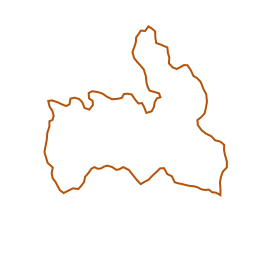 Rosário da Limeira, Minas Gerais, Brazil (Equal Earth projection), rotated 163°
{"feature_id": "56859067B49695156300233", "entity_name": "Rosário da Limeira", "entity_type": "district", "adm_level": 2, "iso_a3": "BRA", "parent_name": "Brazil", "parent_adm1": "Minas Gerais", "projection": "equal_earth", "projection_center": [-42.512, -20.982], "detail": "fine", "context": "isolated", "style": "outline", "palette": "amber", "viewbox_px": 256, "rotation_deg": 163, "n_neighbors": 0, "source": "geoboundaries", "source_scale": "gbopen_adm2", "svg_char_len": 1929}
<svg xmlns="http://www.w3.org/2000/svg" viewBox="0 0 256 256"><g transform="rotate(163 128 128)"><path d="M41.0,83.8L43.6,87.9L48.3,90.8L50.8,95.8L55.0,99.7L58.2,104.1L60.4,110.4L59.3,115.3L55.0,116.9L50.5,119.5L47.7,124.3L44.8,130.0L43.3,137.5L44.4,142.9L45.0,150.7L47.4,155.6L50.2,158.6L51.0,164.6L52.8,170.6L56.0,171.8L60.2,170.9L64.2,170.2L67.4,172.7L70.0,177.8L67.9,183.2L67.9,188.0L66.8,193.6L69.7,195.9L72.3,198.2L76.2,201.0L75.3,206.9L73.8,212.5L75.9,215.8L78.7,219.2L83.3,215.8L87.3,217.4L90.4,214.7L93.7,212.3L95.2,208.2L98.1,203.8L101.6,199.2L101.7,193.1L100.1,188.9L98.0,184.5L95.8,179.4L95.8,172.2L97.0,166.4L97.2,161.6L96.4,157.4L92.5,154.9L88.2,152.1L88.0,147.9L91.8,147.9L95.0,144.7L97.3,140.2L100.6,137.0L106.0,137.1L106.5,143.3L107.3,147.7L110.9,148.4L113.0,153.5L114.7,159.0L118.7,161.1L122.1,161.6L125.1,158.6L129.7,159.0L134.9,160.2L139.1,164.2L142.3,168.3L147.0,171.6L151.5,173.6L155.4,172.9L156.6,167.7L153.9,164.2L154.9,160.2L159.6,156.9L163.7,159.9L164.1,165.8L166.2,169.9L169.9,172.5L174.4,172.9L177.1,167.7L180.8,167.1L184.0,169.7L187.0,172.5L189.8,174.6L192.7,176.7L196.4,177.1L196.7,171.3L195.3,166.5L195.5,161.4L197.7,157.9L201.2,157.4L202.7,152.5L206.7,146.7L209.1,140.5L212.2,134.7L214.9,129.6L215.0,123.8L215.0,118.0L211.5,112.3L214.3,106.8L214.7,101.9L213.1,97.7L212.2,93.0L211.4,88.6L208.6,84.6L204.1,85.4L198.4,86.4L193.4,84.2L190.0,86.1L185.8,89.2L183.3,93.9L179.6,96.1L175.0,99.7L171.5,100.4L168.9,97.9L165.8,97.2L162.3,98.1L158.9,98.1L154.7,95.4L151.4,91.4L148.1,91.1L144.0,92.0L139.5,87.7L136.8,80.9L134.7,75.7L132.3,70.6L127.8,71.7L123.3,72.5L118.7,75.2L113.3,77.8L109.1,80.0L105.2,79.0L104.0,72.5L100.2,69.1L99.2,62.4L95.8,60.2L92.5,58.5L88.8,56.2L85.5,54.4L82.4,53.2L79.1,51.2L75.7,47.9L72.4,46.2L68.6,45.4L66.4,42.0L62.8,40.5L59.3,36.8L57.4,42.6L56.0,49.0L53.4,54.1L50.0,58.6L45.0,61.4L43.3,66.7L43.1,74.1L42.7,78.4L41.0,83.8Z" fill="none" stroke="#b45309" stroke-width="2"/></g></svg>